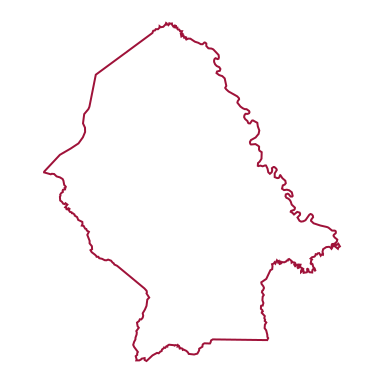 Albania, Caquetá, Colombia
{"feature_id": "7082276B96859535254868", "entity_name": "Albania", "entity_type": "district", "adm_level": 2, "iso_a3": "COL", "parent_name": "Colombia", "parent_adm1": "Caquetá", "projection": "orthographic", "projection_center": [-75.842, 1.231], "detail": "fine", "context": "isolated", "style": "outline", "palette": "rose", "viewbox_px": 384, "rotation_deg": 0, "n_neighbors": 0, "source": "geoboundaries", "source_scale": "gbopen_adm2", "svg_char_len": 5969}
<svg xmlns="http://www.w3.org/2000/svg" viewBox="0 0 384 384"><path d="M338.3,243.7L336.7,245.0L335.6,244.4L335.4,242.9L336.8,241.7L337.3,239.6L334.6,237.4L333.5,235.8L333.8,234.8L335.7,233.2L335.9,232.0L335.5,231.0L334.7,230.6L332.1,230.6L328.4,227.6L326.9,227.0L320.3,225.5L313.6,223.3L311.0,220.8L311.2,219.7L313.1,217.2L312.8,215.6L311.7,214.4L310.5,214.0L309.3,214.8L305.5,220.2L303.3,221.3L301.1,221.6L299.5,220.8L297.5,217.5L300.0,214.8L300.1,213.6L299.6,212.6L297.2,211.9L294.0,214.5L292.4,212.8L290.7,211.8L291.1,210.9L294.1,209.9L294.8,208.9L294.9,207.6L291.7,204.6L290.7,201.5L289.6,199.8L288.4,198.7L286.4,197.8L285.5,196.3L285.8,194.4L287.7,193.7L288.6,194.1L290.5,196.5L292.1,196.6L292.7,195.9L291.8,192.3L289.2,190.3L286.9,189.7L284.0,190.1L282.0,188.7L282.8,185.4L284.7,184.6L285.8,183.2L285.3,180.7L282.4,178.2L280.4,175.2L280.0,175.3L279.2,177.5L278.4,178.0L277.2,178.1L274.7,177.1L274.7,173.4L276.8,170.0L276.3,168.7L274.5,167.1L273.5,167.0L271.9,168.2L272.2,170.3L271.7,172.3L269.9,173.8L268.3,172.3L267.5,168.6L266.0,165.5L265.1,165.4L262.7,166.3L260.4,165.6L258.4,166.1L257.8,165.8L258.0,163.1L259.7,161.6L261.5,158.7L261.7,152.2L259.5,150.7L259.0,149.5L259.1,146.7L258.5,146.0L255.5,144.1L251.0,144.5L250.2,143.7L249.9,142.0L250.9,140.1L255.6,137.5L258.6,133.9L259.3,130.5L257.8,126.3L257.3,122.8L252.9,120.4L252.0,120.6L250.1,123.4L248.9,123.4L248.2,123.0L247.4,121.0L245.1,119.0L244.1,117.1L244.4,115.3L245.5,113.8L247.7,113.9L249.1,113.2L249.5,112.1L249.1,111.0L246.6,109.2L244.6,109.1L242.7,108.2L240.4,106.5L237.4,102.7L237.7,101.2L239.1,99.3L239.0,98.3L237.3,96.4L228.6,91.5L226.1,89.2L225.2,87.9L226.3,85.9L224.7,78.4L222.3,76.1L219.2,75.1L216.5,73.1L217.0,71.5L219.8,70.8L220.4,69.0L219.3,67.2L216.7,66.0L215.1,64.3L214.1,61.9L214.1,60.2L214.7,58.8L215.6,58.2L217.5,59.1L218.5,58.8L218.9,57.3L218.6,55.0L213.3,49.4L211.6,48.6L208.4,48.3L206.3,46.0L206.3,43.5L205.2,42.6L204.4,42.5L202.6,44.2L200.8,44.2L198.3,42.8L194.9,41.7L190.4,38.7L188.4,38.6L186.3,39.5L185.8,38.7L186.2,37.4L185.6,37.1L184.2,37.7L183.6,35.8L182.7,35.8L181.4,36.5L180.9,34.0L182.2,34.3L182.7,34.0L181.3,32.6L182.0,31.2L180.0,31.1L179.3,29.6L177.9,29.5L177.4,28.9L177.4,27.7L176.3,27.7L176.0,26.0L175.6,26.0L175.7,27.1L175.0,27.4L174.4,27.3L174.4,25.7L173.2,26.4L172.0,24.6L171.9,23.5L170.8,23.7L169.4,23.3L169.3,24.2L168.4,25.1L168.0,24.4L166.4,24.6L166.6,23.4L166.1,23.0L165.6,24.3L163.3,26.8L160.9,27.2L159.6,26.2L159.5,27.7L158.0,29.2L155.7,29.2L155.0,30.4L153.2,30.8L152.4,33.0L95.8,74.7L89.4,106.8L88.4,109.1L84.2,114.1L83.0,123.4L85.0,127.7L85.1,132.0L82.9,137.3L78.5,143.4L70.6,148.6L59.9,154.8L44.2,171.6L44.1,172.4L50.8,174.3L51.8,173.8L54.1,174.0L56.6,176.4L60.0,177.4L62.6,179.0L63.4,180.6L64.2,184.9L65.8,186.7L65.5,187.8L64.7,188.0L65.0,189.4L63.0,189.8L62.6,190.8L62.9,191.9L61.0,193.3L60.2,194.7L60.5,195.7L59.9,196.7L60.2,200.5L62.0,201.9L63.2,203.7L64.7,204.1L65.5,203.2L67.4,204.6L65.2,207.3L66.3,207.8L66.5,209.2L67.3,209.4L68.6,208.3L69.5,208.9L68.9,210.2L69.8,211.8L71.6,212.3L71.9,213.2L72.9,213.3L74.5,214.5L74.7,215.6L77.1,217.1L78.2,219.9L82.3,221.9L82.5,224.0L81.8,225.6L83.6,225.9L85.1,228.6L86.3,229.0L86.8,230.5L88.9,231.8L87.3,234.9L89.6,240.8L89.6,243.4L91.9,246.2L92.1,249.2L90.5,250.2L91.7,252.2L95.0,254.7L96.4,256.1L96.6,256.8L98.4,256.8L99.2,258.2L102.0,258.8L104.7,260.2L106.5,260.3L108.1,259.6L111.1,260.7L112.6,262.6L113.7,263.3L114.3,264.5L117.1,265.8L144.4,288.4L146.6,290.8L146.9,292.3L146.5,293.4L149.2,297.6L147.3,299.6L146.5,305.9L144.9,309.6L142.7,313.3L143.2,315.7L142.7,317.7L141.3,319.4L139.8,319.3L139.1,321.0L137.0,322.6L137.6,326.2L138.8,327.8L136.3,331.1L136.8,332.4L136.6,334.5L135.5,337.6L135.4,339.5L134.1,341.9L133.2,344.9L134.1,346.9L137.9,352.0L137.2,353.1L137.2,354.9L135.7,356.2L136.6,359.3L136.3,360.4L139.3,360.4L141.0,359.5L141.6,358.7L144.6,358.1L144.7,360.0L146.5,361.0L152.5,355.4L157.0,352.9L158.7,353.3L160.3,351.6L161.6,351.1L162.0,349.5L164.0,348.0L164.1,347.5L165.3,347.8L166.3,346.4L167.3,346.6L167.4,345.7L169.1,344.7L173.9,345.2L174.5,345.6L175.2,345.1L177.1,345.4L177.7,344.9L178.3,345.7L178.0,346.4L179.0,346.1L179.6,348.2L180.1,347.8L180.5,348.4L181.7,348.3L182.5,348.8L182.8,349.9L183.7,349.6L186.4,350.9L188.1,352.6L188.7,353.9L194.1,354.5L197.4,353.6L199.1,350.5L199.2,348.7L202.4,346.7L202.6,344.8L203.3,343.9L204.5,343.3L209.9,343.5L210.5,342.6L211.1,340.4L212.8,339.4L267.2,340.1L268.2,338.1L267.4,336.9L267.3,334.8L266.2,330.4L264.6,328.1L264.9,324.7L266.3,322.5L264.7,320.9L265.1,319.8L264.3,318.1L264.8,316.1L261.7,312.8L261.9,312.0L262.8,311.4L262.3,310.1L260.9,308.8L261.0,306.0L261.3,305.6L262.7,305.6L263.4,303.0L262.4,300.2L262.7,296.6L263.8,295.0L261.9,292.2L262.3,290.7L263.0,290.3L264.0,288.0L263.4,286.4L261.5,283.8L261.3,282.3L266.3,278.9L270.4,270.2L272.2,269.2L272.5,266.0L272.0,264.2L273.7,263.6L274.6,262.3L275.4,263.5L276.9,260.3L277.6,261.3L278.5,261.0L278.3,262.1L279.9,261.4L280.7,261.6L280.8,262.2L279.4,263.6L279.7,264.0L280.9,263.5L282.3,262.1L284.3,262.3L286.1,261.5L286.7,260.6L287.9,260.5L288.2,259.4L289.1,259.0L291.4,260.8L291.6,262.6L292.6,261.9L293.5,262.7L294.6,262.5L295.3,263.2L295.6,264.1L294.3,264.8L295.2,266.2L298.0,264.5L300.5,264.7L300.1,266.0L298.3,266.3L297.6,267.6L298.0,268.1L300.2,267.0L303.3,268.9L303.2,269.3L301.8,269.4L301.0,271.0L301.0,272.2L303.0,270.5L303.7,271.2L303.7,272.8L306.8,272.3L307.3,271.5L307.1,269.1L307.6,268.8L308.3,269.3L308.4,270.6L309.4,272.2L312.2,272.5L312.4,270.1L313.4,268.8L313.8,268.9L315.0,270.6L315.3,270.4L314.6,268.4L313.2,266.9L312.5,264.1L312.0,263.7L311.2,264.1L310.7,263.6L311.2,260.5L312.0,259.5L310.6,258.6L311.9,257.3L314.5,256.6L315.4,255.5L315.7,254.2L317.0,254.4L317.7,253.4L319.2,253.1L320.7,255.7L321.5,254.5L322.9,254.9L323.1,254.0L322.5,251.9L323.1,249.2L326.3,247.1L329.0,246.8L330.2,247.3L331.5,248.8L332.2,247.7L331.6,245.2L332.2,244.0L334.4,243.8L334.4,244.4L332.7,246.2L334.8,246.2L337.9,248.8L338.4,247.4L339.9,246.4L338.3,243.7Z" fill="none" stroke="#9f1239" stroke-width="2"/></svg>